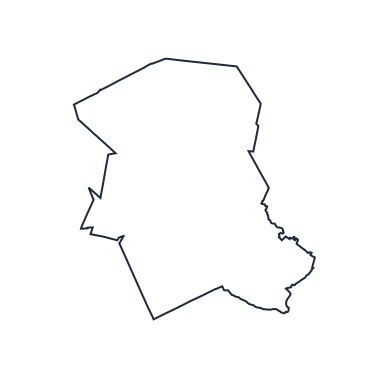 Co Do, Can Tho, Vietnam (Natural Earth projection), rotated 106°
{"feature_id": "81297802B1021983329449", "entity_name": "Co Do", "entity_type": "district", "adm_level": 2, "iso_a3": "VNM", "parent_name": "Vietnam", "parent_adm1": "Can Tho", "projection": "natural_earth1", "projection_center": [105.49, 10.13], "detail": "fine", "context": "isolated", "style": "outline", "palette": "slate", "viewbox_px": 384, "rotation_deg": 106, "n_neighbors": 0, "source": "geoboundaries", "source_scale": "gbopen_adm2", "svg_char_len": 5749}
<svg xmlns="http://www.w3.org/2000/svg" viewBox="0 0 384 384"><g transform="rotate(106 192 192)"><path d="M296.8,162.9L292.4,157.8L289.3,154.3L288.9,153.8L279.3,143.3L278.8,142.7L278.6,142.2L278.3,141.8L274.3,137.0L277.6,134.1L277.1,131.9L276.6,130.0L277.1,129.3L277.7,128.8L278.0,128.4L278.3,127.9L278.6,127.2L279.2,126.6L280.0,125.2L280.0,124.9L279.8,124.4L279.8,124.2L279.8,123.8L280.2,122.8L280.3,122.4L280.4,122.1L280.5,120.9L280.5,119.8L280.4,118.5L280.4,118.1L280.5,117.6L281.0,116.9L281.2,116.4L281.4,115.6L281.6,114.2L281.8,112.7L281.9,111.6L282.2,110.3L282.3,109.9L282.4,109.5L282.7,108.8L283.3,107.9L283.4,107.6L283.6,106.9L283.7,106.6L283.9,106.3L284.0,106.1L284.0,105.8L283.9,105.5L283.9,105.2L284.0,104.5L284.0,103.6L284.0,102.9L283.9,102.4L283.9,102.0L284.2,100.9L284.3,100.6L284.6,100.1L284.9,99.3L285.0,98.9L285.0,98.1L285.0,97.7L284.9,97.0L284.8,96.5L284.7,94.8L284.7,94.0L284.6,93.3L284.7,92.6L285.1,91.6L285.1,91.4L285.0,91.1L284.4,88.7L284.4,87.9L284.3,87.1L284.0,86.3L283.7,85.2L283.2,83.5L282.9,83.0L282.6,82.6L282.3,82.2L282.0,81.5L282.0,81.3L282.1,80.7L281.4,79.7L281.4,79.4L281.4,79.1L281.6,77.9L281.8,77.3L282.4,75.4L282.4,75.0L282.4,74.5L282.6,74.2L283.1,73.6L283.2,72.5L283.2,72.0L283.0,71.4L283.0,71.1L283.3,70.7L283.3,70.4L283.1,70.1L282.6,69.3L282.2,69.0L282.0,68.9L281.6,69.0L281.4,68.9L281.3,68.6L281.3,67.8L281.2,67.5L281.2,67.3L280.9,67.0L280.5,66.8L280.0,66.6L279.5,66.6L278.9,66.6L278.4,66.6L277.7,66.9L277.2,67.1L276.8,67.1L276.6,67.1L276.5,67.3L276.3,68.1L276.1,68.8L275.8,69.2L275.4,69.6L274.6,70.2L273.5,70.7L272.7,71.0L271.6,71.1L270.5,71.1L269.3,71.0L267.8,70.5L266.5,70.0L264.6,69.3L263.9,69.1L263.2,69.2L262.6,69.3L261.9,69.9L261.5,70.5L260.8,71.7L259.0,75.1L258.7,74.8L258.2,74.2L257.8,73.5L257.6,72.9L256.2,70.5L255.9,70.4L255.7,70.4L255.1,70.7L254.8,70.7L254.4,70.5L253.6,70.1L253.4,69.9L253.4,69.5L253.5,67.9L253.3,67.7L253.2,67.6L252.5,67.5L252.3,67.4L251.9,67.0L251.3,66.7L250.7,66.2L249.3,64.8L248.9,64.4L247.3,63.3L246.5,62.6L245.1,61.4L243.2,59.8L242.9,59.6L241.4,59.2L240.9,59.0L240.5,58.8L239.8,58.1L239.0,57.3L238.7,57.1L238.3,56.9L237.8,56.8L237.1,56.8L236.9,56.6L236.5,56.3L236.0,56.0L235.2,55.8L234.7,55.5L234.4,55.4L234.0,55.5L233.6,55.6L233.3,55.6L232.7,55.1L232.1,54.7L231.5,54.4L231.3,55.7L222.1,55.8L221.0,55.9L220.6,58.6L219.8,60.9L219.4,60.8L218.1,60.3L217.8,60.2L217.4,60.2L217.3,60.3L217.4,61.2L217.4,61.9L217.5,62.3L217.6,62.5L217.9,62.7L218.4,63.1L218.6,63.3L218.6,63.6L218.5,63.9L217.9,65.0L217.0,66.9L213.1,77.1L212.3,77.1L211.8,77.2L211.6,77.3L210.9,77.0L209.7,76.8L209.3,76.9L208.9,77.0L208.5,77.3L208.2,77.8L208.0,78.5L207.9,79.0L208.0,79.2L208.1,79.3L208.5,79.3L209.0,79.2L209.5,79.2L209.8,79.3L209.9,79.6L210.0,79.9L209.9,80.2L209.6,80.7L209.1,81.1L208.7,81.2L208.4,81.1L207.8,80.8L207.6,80.8L207.4,80.9L207.1,81.1L207.1,81.4L207.1,81.7L207.2,82.0L207.4,82.1L207.7,82.1L208.1,82.1L208.4,82.1L208.7,82.3L208.9,82.5L209.1,82.9L209.2,83.4L209.2,83.9L209.0,85.2L209.0,85.5L209.3,85.7L209.5,85.8L209.7,85.7L210.3,85.5L210.1,86.2L208.9,89.7L210.2,90.4L211.3,91.0L213.6,92.4L211.5,96.0L210.8,95.5L209.1,96.6L208.6,96.8L208.3,96.8L208.2,96.6L207.8,96.4L207.5,95.8L207.0,95.4L206.9,95.2L207.0,94.0L207.0,93.7L206.9,93.4L206.7,93.3L206.5,92.9L206.4,92.8L206.2,92.9L205.8,93.1L205.7,93.1L205.3,92.9L204.6,93.6L204.4,93.8L204.1,93.9L203.4,94.0L203.2,94.1L202.8,94.5L202.4,95.1L202.2,95.5L202.1,95.9L202.0,96.7L202.0,97.8L202.4,99.3L202.4,99.6L202.4,100.0L202.3,100.5L202.1,101.0L201.6,101.8L201.3,102.1L200.2,103.0L199.9,103.4L199.8,103.7L199.7,104.1L199.7,104.5L200.0,105.4L200.1,105.8L200.1,106.2L200.0,106.8L199.7,107.4L199.6,107.8L199.3,108.0L198.6,108.3L197.8,109.0L197.6,109.3L197.5,109.6L197.5,110.4L197.0,111.0L196.4,111.1L196.1,111.2L194.6,112.0L193.3,112.7L193.1,112.8L192.7,113.6L192.3,113.8L192.0,113.8L191.4,113.8L191.2,114.0L190.7,114.7L190.1,115.5L189.7,116.1L189.1,116.4L188.9,116.5L188.7,116.5L188.2,116.3L188.0,116.1L187.8,115.9L187.6,115.9L187.3,115.8L186.3,116.0L186.1,115.9L185.6,115.6L185.4,115.6L185.2,115.6L185.0,115.8L185.0,116.0L185.1,116.5L185.4,116.8L185.5,116.9L185.5,117.1L185.4,117.4L185.2,117.7L185.0,117.8L184.6,118.0L183.9,118.4L183.9,118.6L184.0,120.3L184.1,121.7L184.0,122.1L181.1,121.8L181.0,121.2L178.0,120.8L173.2,120.3L171.4,119.8L167.0,119.3L163.8,122.3L158.2,127.9L153.1,133.1L147.7,138.4L145.5,140.6L140.8,145.4L137.1,148.9L136.2,144.2L130.9,144.7L122.3,145.3L111.4,146.3L110.4,146.4L110.1,146.5L108.8,148.9L108.7,149.0L108.4,149.1L107.0,149.1L102.5,149.3L91.1,150.0L88.4,150.3L88.1,150.3L81.3,158.2L76.8,163.2L74.2,166.2L70.5,170.4L59.0,183.6L60.4,192.0L66.3,225.8L69.2,242.6L69.4,244.3L70.2,249.1L70.8,252.5L71.1,253.8L71.8,255.1L72.6,256.2L74.7,258.9L79.9,266.0L79.8,266.6L83.6,270.5L84.4,271.2L84.9,271.5L94.3,281.6L105.8,293.8L114.5,302.8L119.2,307.9L119.0,308.4L120.4,309.0L122.7,310.2L123.0,310.4L128.8,317.1L140.5,329.6L140.7,329.4L153.4,321.5L153.7,321.2L157.7,313.1L159.7,308.8L161.0,306.2L162.0,304.4L163.4,301.5L164.7,298.6L165.4,297.3L167.9,292.1L169.1,289.6L169.7,288.3L170.9,286.0L173.0,281.7L175.1,277.5L175.8,276.2L178.4,281.5L179.2,282.8L188.6,281.9L189.8,281.8L207.5,279.9L223.0,278.4L219.1,286.5L216.2,292.6L226.6,284.5L226.9,284.5L242.5,286.8L251.7,288.0L254.5,288.5L257.9,288.6L255.8,282.5L255.1,282.7L253.4,277.7L260.5,277.9L260.0,272.6L259.5,266.9L259.3,264.5L259.2,257.4L259.0,250.7L257.5,250.1L257.1,250.0L256.7,250.0L256.2,249.7L255.7,249.4L255.5,249.1L255.3,248.8L255.2,248.5L254.7,248.1L254.6,247.9L254.6,247.6L254.6,247.3L254.5,247.1L253.9,246.8L253.7,246.6L253.5,246.3L253.3,245.6L261.4,247.7L262.1,247.1L275.0,236.2L303.3,212.5L315.2,202.4L323.4,195.0L324.0,194.6L324.5,194.3L325.0,193.8L316.4,184.4L313.2,180.8L313.0,180.5L304.7,171.3L296.8,162.9Z" fill="none" stroke="#1e293b" stroke-width="2"/></g></svg>